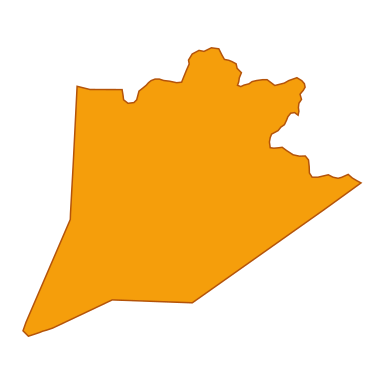 Governador Archer, Maranhão, Brazil (Albers equal-area conic projection)
{"feature_id": "56859067B45377194225928", "entity_name": "Governador Archer", "entity_type": "district", "adm_level": 2, "iso_a3": "BRA", "parent_name": "Brazil", "parent_adm1": "Maranhão", "projection": "albers", "projection_center": [-44.182, -5.001], "detail": "fine", "context": "isolated", "style": "filled", "palette": "amber", "viewbox_px": 384, "rotation_deg": 0, "n_neighbors": 0, "source": "geoboundaries", "source_scale": "gbopen_adm2", "svg_char_len": 1348}
<svg xmlns="http://www.w3.org/2000/svg" viewBox="0 0 384 384"><path d="M77.1,86.3L73.3,162.5L70.5,213.5L70.3,219.5L26.0,322.3L23.0,330.8L28.4,336.2L36.0,333.7L39.5,332.5L42.7,331.2L46.7,330.1L52.6,328.1L112.2,299.9L192.3,302.8L324.4,209.4L361.0,182.9L357.2,180.9L352.3,178.0L348.2,174.4L341.7,177.3L338.1,178.3L333.0,177.2L328.3,174.8L323.1,176.0L318.0,177.2L312.1,177.2L309.4,173.0L309.2,166.8L308.5,160.0L305.3,156.0L299.5,156.2L293.1,154.8L286.5,150.5L282.2,147.3L278.5,147.8L273.9,148.2L270.2,147.7L269.4,142.0L270.2,137.6L271.6,134.1L274.8,132.4L278.1,130.6L280.9,127.1L284.4,124.7L286.5,120.3L287.9,116.7L290.7,113.2L294.6,112.6L298.1,115.2L298.9,111.3L298.4,107.6L298.9,103.3L301.5,99.4L300.0,94.2L303.3,90.3L305.1,87.2L304.4,83.7L301.8,80.7L296.9,77.7L288.7,80.6L284.3,83.1L274.8,85.5L270.7,82.4L267.1,79.7L262.6,79.7L256.7,80.5L252.1,81.6L249.0,83.8L244.0,85.1L240.8,86.6L237.5,85.3L238.7,81.9L239.3,77.9L241.4,72.7L237.1,68.3L236.1,63.8L232.0,61.6L228.8,60.3L224.4,59.4L221.9,55.0L218.8,48.8L211.4,47.8L204.0,51.4L199.0,50.4L192.2,54.0L188.5,60.1L189.2,64.0L186.5,70.1L181.6,82.2L176.6,82.7L169.6,81.2L163.7,80.5L159.4,79.1L155.0,79.1L151.1,80.6L148.5,82.7L146.2,85.3L142.8,88.1L139.0,91.1L136.7,99.8L133.9,102.6L128.0,103.3L123.6,99.8L123.0,95.1L122.1,89.6L90.0,89.5L77.1,86.3Z" fill="#f59e0b" stroke="#b45309" stroke-width="1.5"/></svg>